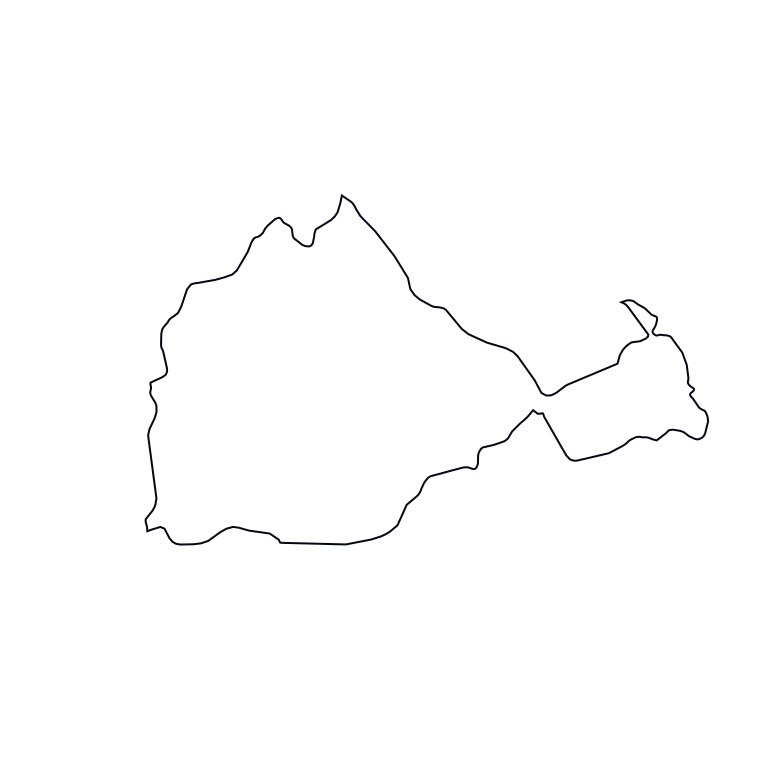 map outline of Jawzjan (orthographic projection), rotated 242°
{"feature_id": "AFG-1746", "entity_name": "Jawzjan", "entity_type": "Province", "adm_level": 1, "iso_a3": "AFG", "parent_name": "Afghanistan", "parent_adm1": "", "projection": "orthographic", "projection_center": [65.748, 36.744], "detail": "fine", "context": "isolated", "style": "outline", "palette": "ink", "viewbox_px": 768, "rotation_deg": 242, "n_neighbors": 0, "source": "natural_earth", "source_scale": "10m", "svg_char_len": 3898}
<svg xmlns="http://www.w3.org/2000/svg" viewBox="0 0 768 768"><g transform="rotate(242 384 384)"><path d="M365.1,105.9L369.1,107.7L374.4,108.9L376.5,110.2L380.9,120.3L383.0,123.5L384.9,125.6L389.9,129.4L449.4,151.6L454.2,155.7L461.6,165.6L466.2,170.1L471.6,172.8L474.6,173.3L483.4,172.8L486.2,173.5L490.0,176.6L492.5,177.3L494.8,178.5L494.7,180.7L494.1,191.4L494.3,193.1L494.5,195.2L495.1,196.3L496.1,197.5L496.7,198.2L497.4,198.7L500.3,199.9L516.8,204.4L520.7,204.6L523.2,205.5L532.6,210.8L535.1,212.7L537.1,214.9L538.6,218.3L539.7,221.4L540.9,223.4L541.6,224.7L542.1,226.3L542.3,227.6L542.5,230.3L543.4,235.3L544.0,236.3L547.6,241.4L560.2,254.7L562.5,260.4L562.2,262.4L561.4,265.1L561.2,265.8L560.6,267.1L555.2,283.8L553.1,293.2L551.9,301.2L553.2,307.0L557.2,313.7L564.6,325.7L571.1,333.3L572.8,335.9L573.7,337.9L573.7,339.4L573.5,340.5L573.1,341.9L573.2,344.3L574.2,347.8L576.9,351.9L578.3,355.2L580.7,365.1L580.4,368.1L579.7,369.9L578.4,370.5L574.1,371.1L572.9,371.5L568.4,374.5L566.7,375.2L565.0,375.4L563.6,375.3L558.0,373.1L556.7,372.9L555.5,372.9L554.4,373.1L545.2,377.2L542.7,379.2L540.5,382.7L540.5,385.0L541.8,387.3L546.6,391.3L549.1,392.9L552.5,396.3L553.6,413.9L555.0,419.1L557.4,423.6L563.8,430.0L570.2,435.3L560.0,440.6L558.4,441.1L555.0,441.6L551.4,441.4L543.2,442.0L523.1,447.9L491.8,453.3L466.3,454.9L455.5,451.8L448.2,452.7L441.9,455.2L430.6,462.6L429.1,464.0L428.2,465.0L425.6,469.0L422.9,472.1L420.3,473.5L395.9,478.6L388.3,482.0L372.2,494.3L358.5,508.3L351.9,513.0L345.9,515.0L316.5,518.8L302.3,518.8L297.9,521.6L296.8,523.3L295.5,526.5L295.3,529.5L295.4,532.5L297.2,543.3L297.2,546.1L292.3,599.7L298.6,605.7L301.9,610.8L303.0,613.6L304.0,617.2L304.4,619.9L304.5,622.2L301.5,630.3L301.2,636.8L302.0,639.4L303.6,640.6L338.3,635.5L340.7,634.7L342.4,633.8L344.7,632.0L344.4,634.2L343.8,637.4L343.3,638.8L342.6,640.2L341.8,641.3L340.9,642.3L340.0,643.1L339.0,643.7L334.5,645.9L329.9,649.0L327.4,650.2L319.8,652.7L318.9,653.3L316.1,655.6L315.3,656.1L314.1,656.1L312.7,655.4L310.0,653.2L308.0,651.1L306.8,649.4L305.5,647.1L304.8,646.2L304.0,645.5L303.0,645.4L301.5,645.6L299.6,646.6L298.7,647.7L298.3,648.8L298.2,649.9L297.9,650.8L297.4,651.7L296.0,653.5L294.5,656.0L292.7,658.2L291.6,659.0L290.2,659.5L271.7,662.1L258.8,660.3L246.4,655.6L245.0,654.7L242.7,653.0L241.7,652.8L240.3,652.8L237.7,653.7L235.0,655.2L234.1,655.3L233.2,654.9L232.4,653.4L232.1,651.1L231.8,650.2L231.3,649.5L230.3,649.1L229.0,649.1L226.1,649.9L215.2,651.1L212.8,652.3L210.0,654.4L208.5,654.8L206.7,654.7L203.4,654.4L198.8,652.6L191.0,645.6L189.6,644.3L188.3,642.5L187.7,641.4L187.4,640.0L187.3,638.5L187.4,636.7L187.7,635.1L188.8,633.6L190.5,632.0L194.8,628.8L200.2,626.3L201.3,625.6L202.7,624.3L204.4,622.5L208.0,617.7L208.9,615.4L209.4,613.9L208.1,609.6L206.2,598.3L209.1,595.1L210.2,594.3L212.4,592.3L213.4,591.2L215.3,587.7L217.5,584.5L218.4,582.8L218.8,580.7L219.0,576.8L218.9,574.4L218.5,572.3L217.9,570.5L217.5,568.3L217.3,565.7L217.3,550.1L225.7,518.6L226.6,516.4L228.7,514.0L230.2,512.8L235.4,511.4L279.6,510.0L282.7,510.5L283.5,510.4L284.0,509.9L284.3,508.3L285.5,505.8L290.9,503.4L288.0,496.4L286.9,493.0L285.2,485.5L282.0,474.9L277.9,468.2L277.2,465.7L277.0,462.7L278.7,452.3L281.5,441.8L281.5,440.6L281.1,439.0L279.7,436.6L278.4,435.0L276.8,433.6L270.0,429.8L268.4,428.4L267.3,427.0L266.4,425.4L266.4,424.1L267.0,422.9L269.0,420.8L270.6,419.5L272.2,416.9L273.0,415.1L276.4,400.6L278.7,390.4L280.6,382.3L280.7,380.9L280.5,379.0L279.5,376.3L277.9,373.1L274.2,368.1L272.2,366.0L270.5,363.1L269.7,361.4L266.7,347.3L252.9,329.6L250.8,319.6L250.6,314.9L250.8,310.0L252.7,299.7L260.2,275.1L291.1,220.3L292.6,217.9L296.1,217.9L305.6,212.9L317.9,196.0L325.3,188.3L328.7,183.6L330.2,176.9L330.0,169.5L328.0,155.2L329.2,147.7L331.9,140.6L335.2,134.1L338.0,128.6L340.7,125.2L343.9,123.2L348.4,122.2L359.3,122.3L362.8,119.4L364.5,110.6L365.1,105.9Z" fill="none" stroke="#020617" stroke-width="2"/></g></svg>